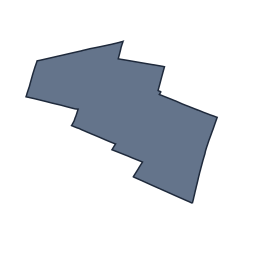 Ghergheasa, Buzau, Romania (Robinson projection), rotated 343°
{"feature_id": "2599482B37895514994023", "entity_name": "Ghergheasa", "entity_type": "district", "adm_level": 2, "iso_a3": "ROU", "parent_name": "Romania", "parent_adm1": "Buzau", "projection": "robinson", "projection_center": [27.182, 45.278], "detail": "fine", "context": "isolated", "style": "filled", "palette": "slate", "viewbox_px": 256, "rotation_deg": 343, "n_neighbors": 0, "source": "geoboundaries", "source_scale": "gbopen_adm2", "svg_char_len": 2874}
<svg xmlns="http://www.w3.org/2000/svg" viewBox="0 0 256 256"><g transform="rotate(343 128 128)"><path d="M118.8,176.3L119.6,177.0L122.6,179.6L135.5,190.9L149.9,203.4L153.1,206.2L159.7,211.9L159.8,212.0L160.5,212.6L163.4,215.1L164.4,215.9L166.6,217.9L167.6,218.7L167.6,218.8L167.8,218.3L168.9,216.5L169.5,215.6L170.7,213.4L171.8,211.6L173.9,207.9L175.3,205.6L175.9,204.5L177.1,202.5L177.6,201.7L179.0,199.3L180.4,196.9L180.7,196.3L180.8,196.2L181.6,194.8L182.3,193.7L183.2,192.1L184.0,190.8L185.0,189.3L185.5,188.4L186.5,186.8L187.2,185.7L190.0,181.2L191.9,178.3L194.1,175.0L194.5,174.2L195.4,172.6L197.9,168.9L198.8,167.7L200.7,165.0L202.0,163.2L205.5,158.6L207.5,155.9L209.0,154.0L210.8,151.5L212.7,148.9L216.4,143.9L215.2,143.0L213.3,141.5L210.2,139.3L209.0,138.3L207.3,137.0L204.7,135.0L201.7,132.5L199.0,130.4L199.0,130.5L196.8,128.7L195.2,127.4L193.9,126.4L192.7,125.4L190.0,123.3L189.1,122.6L188.0,121.7L187.1,121.0L181.6,116.2L180.7,115.5L179.9,114.9L179.1,114.2L171.7,108.3L170.0,106.9L168.6,105.8L167.8,105.2L167.7,105.1L169.0,104.0L169.7,103.3L169.9,103.1L169.9,102.8L169.8,102.7L169.7,102.7L167.8,101.1L167.7,100.9L168.0,100.5L171.5,94.9L175.4,88.6L176.8,86.4L177.6,85.1L180.8,80.1L179.0,79.1L171.9,75.5L169.4,74.3L159.8,69.5L148.7,63.9L143.9,61.5L142.9,61.0L141.4,60.3L139.9,59.5L138.9,59.0L139.6,57.8L140.1,57.0L141.6,54.6L142.0,53.9L143.0,52.3L144.3,50.1L144.6,49.5L145.0,48.8L146.2,47.1L146.5,46.6L147.4,45.4L147.5,45.3L148.0,44.6L148.2,44.2L148.4,43.8L148.5,43.7L148.4,43.7L148.1,43.7L147.1,43.7L146.1,43.6L144.7,43.6L144.2,43.6L143.2,43.5L142.9,43.5L142.6,43.5L140.8,43.4L139.7,43.3L138.0,43.2L137.4,43.2L135.0,43.0L134.3,42.9L132.8,42.8L124.8,42.1L118.9,41.5L115.3,41.1L110.2,40.8L107.4,40.6L107.2,40.6L106.4,40.6L105.6,40.6L104.8,40.5L94.1,39.7L85.4,39.1L81.6,38.8L77.2,38.5L63.5,37.5L60.7,37.2L60.2,38.0L57.5,41.7L57.3,41.9L52.7,48.6L47.4,56.9L46.5,58.4L46.2,58.8L45.7,59.7L45.5,59.9L44.9,60.7L41.3,65.8L41.2,66.0L40.8,66.7L40.2,67.5L39.6,68.3L39.9,68.5L40.2,68.7L41.9,69.6L42.7,70.1L47.1,72.6L57.5,78.8L62.7,82.0L66.5,84.2L70.5,86.5L75.7,89.8L80.1,92.5L82.9,94.2L85.0,95.1L85.8,95.4L82.5,100.2L81.4,101.7L80.6,102.6L78.6,105.4L76.7,107.3L75.2,108.8L74.7,109.2L74.8,109.3L75.5,109.8L76.1,110.3L76.4,110.6L76.7,110.8L76.9,111.0L77.0,111.1L77.3,111.3L77.5,111.5L78.4,112.2L79.0,112.7L79.4,113.0L79.8,113.3L80.7,113.9L81.0,114.1L81.2,114.3L81.3,114.4L81.5,114.5L82.1,115.1L82.8,115.8L83.5,116.4L84.6,117.3L85.2,117.8L88.1,120.3L89.6,121.5L90.2,122.0L90.4,122.2L91.2,122.9L93.2,124.5L96.8,127.5L98.6,129.0L99.4,129.7L101.5,131.5L103.0,132.8L107.1,136.2L108.6,137.4L111.2,139.5L111.4,139.6L110.9,140.1L110.0,140.8L108.9,141.8L106.3,144.1L111.6,148.3L117.1,152.7L119.4,154.5L123.4,157.9L129.5,162.8L131.9,164.8L126.8,169.2L125.8,170.2L125.6,170.3L124.7,171.1L119.7,175.4L118.8,176.2L118.8,176.3Z" fill="#64748b" stroke="#1e293b" stroke-width="1.5"/></g></svg>